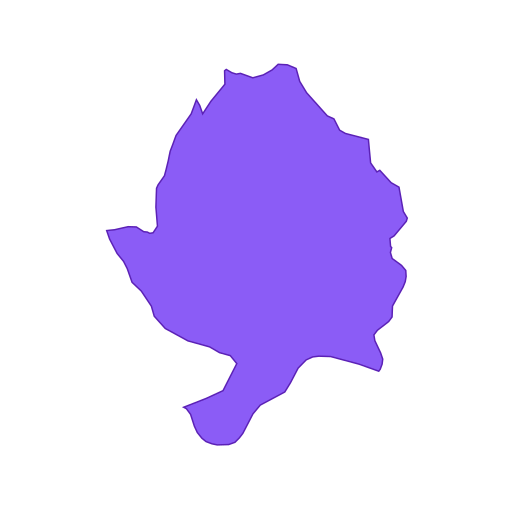 the district of Kaesong City, Hwanghae-bukto, North Korea, rotated 195°
{"feature_id": "82179303B5428034439323", "entity_name": "Kaesong City", "entity_type": "district", "adm_level": 2, "iso_a3": "PRK", "parent_name": "North Korea", "parent_adm1": "Hwanghae-bukto", "projection": "natural_earth1", "projection_center": [126.564, 37.948], "detail": "fine", "context": "isolated", "style": "filled", "palette": "violet", "viewbox_px": 512, "rotation_deg": 195, "n_neighbors": 0, "source": "geoboundaries", "source_scale": "gbopen_adm2", "svg_char_len": 1657}
<svg xmlns="http://www.w3.org/2000/svg" viewBox="0 0 512 512"><g transform="rotate(195 256 256)"><path d="M286.7,91.2L283.7,90.5L278.2,86.1L271.5,75.7L267.0,70.3L261.0,65.9L256.2,63.8L250.0,63.2L244.6,63.5L233.6,66.8L228.1,70.6L225.0,76.0L222.8,81.3L218.1,102.7L213.3,113.1L193.0,132.1L189.9,142.5L186.3,158.6L180.6,168.7L175.1,173.2L169.4,175.5L157.9,178.2L145.2,178.2L128.6,178.2L107.6,176.5L106.7,178.8L106.2,184.2L106.9,189.2L110.5,194.6L119.3,205.0L121.7,210.3L119.5,215.7L110.9,227.0L108.8,232.3L111.2,243.0L105.9,264.1L105.2,269.8L105.7,275.1L107.6,280.8L113.0,284.6L123.8,288.8L127.1,294.2L127.1,299.2L128.5,300.1L131.2,307.6L127.8,311.2L119.8,328.4L119.7,331.8L125.2,337.1L135.7,359.5L144.5,361.8L158.6,370.8L161.0,368.5L169.4,375.6L174.8,390.1L177.6,397.7L201.4,397.5L207.8,399.2L216.2,408.6L223.4,409.8L249.4,426.8L259.0,436.0L262.4,441.8L265.8,447.5L275.2,448.8L284.2,446.9L288.6,439.9L295.8,432.8L305.2,427.3L318.3,428.4L322.1,426.6L326.8,426.8L333.0,428.5L334.3,426.8L330.5,413.9L339.6,393.8L344.3,379.5L349.3,386.8L354.0,391.5L354.8,382.7L355.4,376.5L364.4,351.8L364.6,349.8L365.3,341.7L366.0,335.1L365.8,331.4L365.4,325.0L365.2,316.1L365.2,309.8L367.2,304.3L369.0,299.4L369.6,295.7L368.0,288.7L365.3,277.2L358.9,259.3L361.4,251.8L364.5,250.4L365.8,250.7L367.2,251.0L370.7,250.4L379.1,253.1L387.1,251.2L392.5,248.4L399.5,244.7L403.0,243.4L406.8,241.9L401.8,234.5L396.3,228.5L390.8,222.5L382.5,216.5L377.1,210.5L368.9,198.5L357.8,192.5L344.1,180.5L338.7,171.5L324.9,162.5L304.6,157.6L299.8,156.4L277.3,156.2L266.2,153.2L255.0,153.1L246.7,147.1L253.0,117.4L267.3,105.5L286.7,91.2Z" fill="#8b5cf6" stroke="#5b21b6" stroke-width="1.5"/></g></svg>